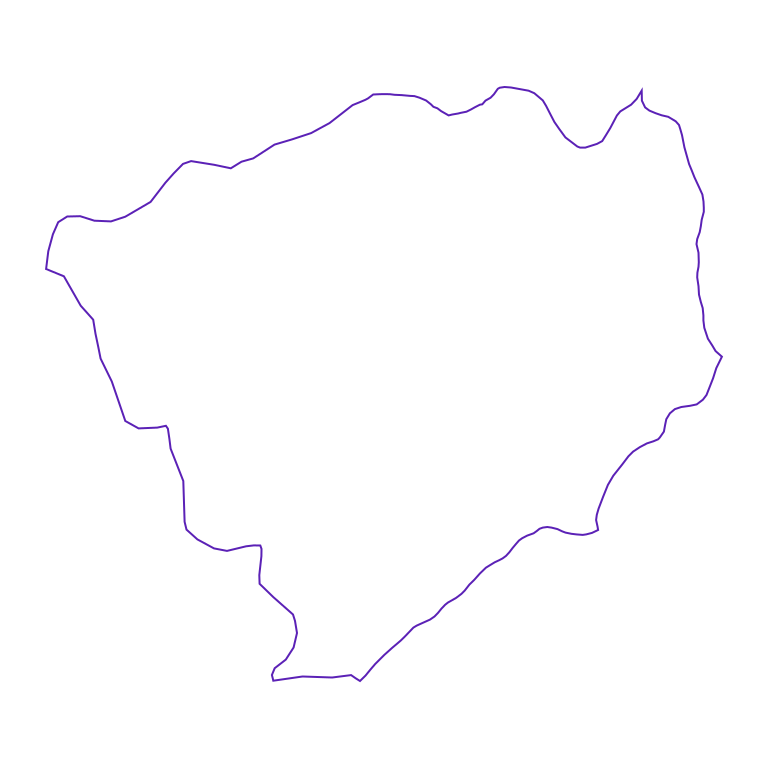 outline of Drepung, Mongar, Bhutan
{"feature_id": "84629894B57522775958352", "entity_name": "Drepung", "entity_type": "district", "adm_level": 2, "iso_a3": "BTN", "parent_name": "Bhutan", "parent_adm1": "Mongar", "projection": "equal_earth", "projection_center": [91.265, 27.207], "detail": "fine", "context": "isolated", "style": "outline", "palette": "violet", "viewbox_px": 768, "rotation_deg": 0, "n_neighbors": 0, "source": "geoboundaries", "source_scale": "gbopen_adm2", "svg_char_len": 2949}
<svg xmlns="http://www.w3.org/2000/svg" viewBox="0 0 768 768"><path d="M641.7,90.6L636.7,98.9L631.1,104.7L620.3,111.4L616.9,115.5L610.3,128.0L606.1,134.9L602.2,141.1L597.0,143.9L585.3,147.6L580.1,147.6L577.3,146.5L565.4,137.4L559.4,129.2L554.4,122.0L550.6,114.7L546.1,105.9L542.8,100.4L534.3,93.2L528.6,90.7L511.0,87.5L504.6,87.0L499.8,87.7L497.8,88.8L493.9,94.3L490.6,97.7L485.5,100.6L482.3,104.3L479.9,104.7L475.0,107.2L471.1,109.4L466.5,111.7L460.5,112.9L458.2,113.5L452.3,114.5L448.6,115.4L441.1,111.1L437.4,108.3L433.4,106.8L430.9,104.3L426.1,100.5L419.5,97.7L414.4,96.1L410.3,95.9L401.5,95.1L394.6,94.8L389.9,94.2L384.5,94.1L379.5,94.2L373.2,94.5L368.0,98.4L365.4,99.8L359.0,102.5L352.6,105.1L329.5,123.1L318.6,129.0L311.1,133.1L292.0,139.4L274.5,144.6L253.2,158.4L241.5,161.7L230.8,168.3L214.2,164.8L194.8,161.7L191.1,161.1L183.0,163.9L173.6,173.5L165.4,182.7L150.6,201.9L125.3,216.7L111.0,221.4L94.4,220.7L80.2,216.2L67.2,216.5L58.2,222.2L52.9,234.3L48.3,251.2L46.1,269.0L63.9,276.3L80.7,305.7L93.2,319.7L95.5,333.8L98.3,347.1L100.6,358.6L111.8,381.5L125.3,421.0L138.6,428.4L157.3,427.6L165.9,425.8L167.9,428.7L169.4,438.9L170.6,448.6L183.3,481.0L184.6,521.8L186.5,529.6L197.4,539.4L214.0,548.4L227.0,550.9L246.1,546.3L253.8,545.4L260.3,545.5L261.5,548.9L261.4,556.2L259.3,575.1L259.6,583.8L273.3,597.1L293.0,614.5L295.0,620.9L297.0,633.0L293.6,647.5L285.8,659.6L274.7,668.2L271.9,675.0L272.7,678.1L273.3,680.7L302.5,676.5L332.2,677.5L351.1,675.1L355.7,678.3L360.0,681.0L365.5,675.6L370.4,669.6L375.2,664.0L384.3,654.9L392.1,647.9L400.7,640.6L404.7,636.7L413.4,627.6L416.7,625.6L422.0,623.2L430.0,619.6L434.5,616.5L438.0,612.9L441.4,608.7L445.1,604.8L448.0,602.5L456.1,597.9L461.4,593.9L464.7,590.6L469.4,584.6L474.2,579.9L479.9,573.5L485.9,567.7L490.1,565.1L494.7,562.3L499.2,560.2L502.6,558.4L506.0,555.9L509.4,552.2L512.6,548.0L516.2,543.7L519.0,540.5L522.2,538.2L527.2,535.6L533.6,533.3L536.8,531.0L539.5,528.8L542.8,527.6L547.3,527.0L551.5,527.6L557.5,529.1L562.1,531.3L565.5,532.6L571.4,533.8L576.4,534.4L582.7,534.9L586.2,534.4L592.0,532.9L598.1,530.0L597.6,526.9L596.1,520.0L596.8,514.8L598.6,508.6L603.1,496.8L607.9,484.9L613.3,475.7L622.5,464.1L628.4,456.3L633.1,451.6L639.9,447.1L646.9,443.4L653.4,441.3L658.1,439.3L659.8,437.5L663.9,431.6L665.1,425.0L666.3,419.2L669.9,413.3L674.9,409.1L681.3,407.0L690.0,405.8L696.7,404.4L702.9,399.7L706.5,395.0L709.9,386.4L713.1,378.2L716.3,368.1L721.9,356.7L715.6,351.1L712.4,345.7L707.9,338.7L704.3,327.8L703.4,320.4L703.4,315.4L702.7,308.1L700.8,301.9L699.0,294.6L698.5,286.2L697.2,277.4L697.4,272.7L698.5,266.8L698.8,262.3L698.5,252.7L696.5,244.1L697.2,239.1L699.7,232.2L700.8,226.4L701.7,219.8L703.8,211.8L703.8,207.7L703.5,201.5L702.4,194.6L699.2,187.5L694.5,177.4L691.6,170.1L689.1,164.1L684.4,147.3L682.0,135.1L680.4,129.5L679.0,125.0L675.7,121.3L668.2,116.8L661.7,115.3L655.6,113.2L649.4,110.6L645.1,107.4L641.9,100.7L641.7,90.6Z" fill="none" stroke="#5b21b6" stroke-width="2"/></svg>